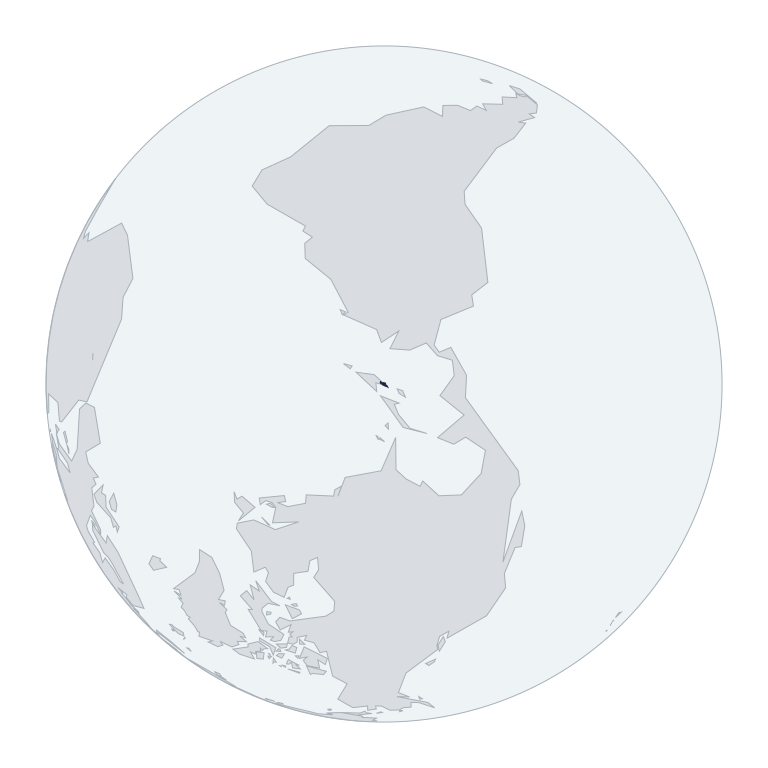 Sud highlighted on a globe, orthographic projection, rotated 208°
{"feature_id": "HTI-1362", "entity_name": "Sud", "entity_type": "Department", "adm_level": 1, "iso_a3": "HTI", "parent_name": "Haiti", "parent_adm1": "", "projection": "orthographic", "projection_center": [-73.723, 18.228], "detail": "fine", "context": "on_globe", "style": "filled", "palette": "slate", "viewbox_px": 768, "rotation_deg": 208, "n_neighbors": 0, "source": "natural_earth", "source_scale": "10m", "svg_char_len": 10243}
<svg xmlns="http://www.w3.org/2000/svg" viewBox="0 0 768 768"><g transform="rotate(208 384 384)"><circle cx="384" cy="384" r="338" fill="#eef3f6" stroke="#a8b0b8"/><path d="M358.0,441.8L350.1,438.0L342.2,447.7L315.2,430.5L305.7,410.1L224.7,370.4L216.8,359.0L217.5,342.1L195.4,282.6L202.7,336.5L193.1,324.9L186.4,304.9L191.5,301.2L188.8,273.2L180.9,261.1L184.7,227.4L209.0,189.2L210.7,196.2L216.4,187.2L214.6,178.2L212.0,174.7L228.9,139.1L226.4,118.3L214.5,119.7L225.9,114.0L195.8,123.4L187.3,121.9L203.8,119.0L210.7,115.5L208.4,111.5L215.0,107.2L217.7,103.2L225.8,98.7L234.8,98.5L240.3,95.9L238.3,93.4L245.2,88.2L247.3,92.0L259.6,83.6L276.8,84.1L275.8,102.0L292.2,102.0L309.2,121.0L314.4,116.8L324.2,122.7L333.9,120.5L334.3,125.6L341.7,119.6L339.5,115.4L342.0,111.6L347.5,110.2L349.0,116.1L346.4,117.7L349.7,118.8L348.1,122.5L352.0,119.9L353.1,127.9L360.2,118.2L368.0,123.2L366.5,129.1L355.9,130.6L326.4,151.7L321.6,159.9L325.5,169.0L355.3,180.3L354.5,189.3L361.2,199.7L366.5,193.2L363.2,182.9L374.8,174.5L369.4,164.0L373.3,159.4L372.0,148.7L383.7,148.3L395.8,154.1L397.5,163.3L402.8,166.5L410.6,156.8L422.7,174.2L446.3,186.9L448.2,192.2L435.1,202.9L411.6,204.4L394.6,222.2L417.3,209.1L421.6,224.3L427.2,226.7L433.7,225.5L436.6,219.4L440.6,224.8L419.6,238.7L415.7,234.0L422.4,229.3L411.3,230.6L397.3,241.8L400.6,249.6L375.8,261.4L377.8,267.4L373.6,274.0L372.0,263.2L374.4,283.3L345.8,306.0L348.6,342.3L333.2,314.0L320.0,310.5L304.1,310.6L304.2,316.5L283.0,311.1L263.6,322.4L256.2,350.6L263.3,373.1L286.9,375.4L294.1,363.6L311.5,361.8L298.7,394.2L329.1,400.0L325.9,424.3L334.8,437.1L350.0,434.1L365.9,440.1L377.2,426.0L395.3,418.0L395.8,437.7L405.8,419.5L416.0,428.6L452.1,426.0L449.4,430.6L479.9,451.4L512.5,457.9L520.0,471.0L516.2,480.0L527.4,481.0L527.5,486.6L571.5,487.9L593.3,496.9L592.2,515.8L573.0,540.8L553.7,586.3L518.7,605.2L508.5,622.2L479.0,647.3L458.0,647.7L462.7,657.6L450.0,664.6L436.0,666.0L432.5,673.0L422.1,673.6L428.4,677.7L410.5,686.7L414.4,692.9L401.1,699.2L404.0,702.4L399.4,702.4L394.2,703.7L393.5,705.4L379.6,702.5L376.7,694.8L382.4,690.7L376.2,689.9L388.4,678.4L381.4,680.8L384.6,662.1L395.4,645.2L403.7,591.8L396.7,580.6L371.0,567.4L340.0,522.5L348.4,503.9L341.6,494.8L364.0,467.7L358.0,441.8ZM67.5,293.9L70.0,286.4L69.3,292.3L67.5,293.9ZM71.0,281.1L70.2,283.8L70.7,281.4L71.0,281.1ZM71.0,278.9L71.0,280.5L70.7,279.5L71.0,278.9ZM70.7,276.9L71.0,277.7L70.8,277.9L70.7,276.9ZM346.7,354.6L381.5,371.9L361.7,374.2L365.4,370.9L356.6,363.8L340.2,357.1L322.8,360.5L346.7,354.6ZM71.3,271.7L71.6,270.1L72.1,270.1L71.3,271.7ZM362.4,334.7L356.4,333.3L362.3,333.2L362.4,334.7ZM209.7,174.1L213.8,178.6L213.0,188.8L208.9,185.3L209.7,174.1ZM212.2,156.5L216.0,156.7L209.3,165.3L209.2,162.4L212.2,156.5ZM204.5,122.4L206.6,124.4L202.3,124.1L204.5,122.4ZM216.6,103.4L213.9,104.4L216.5,102.0L216.6,103.4ZM365.7,149.8L368.8,149.3L367.4,151.5L365.7,149.8ZM362.2,145.9L358.4,148.9L356.1,147.5L358.5,145.7L362.2,145.9ZM231.3,93.2L236.2,89.6L232.7,93.2L231.3,93.2ZM367.4,142.7L352.7,144.8L348.9,142.4L354.8,133.8L367.4,142.7ZM240.0,87.4L251.8,79.5L246.8,80.6L267.6,73.8L250.7,82.2L247.2,86.2L245.2,85.4L240.0,87.4ZM336.4,114.8L339.0,119.1L331.7,117.0L336.4,114.8ZM331.1,114.4L305.2,115.1L304.1,108.7L313.0,109.4L307.5,102.9L319.8,99.3L325.5,102.1L323.8,106.8L329.8,102.0L331.1,114.4ZM277.1,71.8L281.3,70.2L278.6,71.9L277.1,71.8ZM342.5,110.0L337.3,110.4L336.0,104.7L346.1,102.9L343.3,105.3L342.5,110.0ZM300.1,103.2L300.9,99.1L311.0,95.0L312.7,93.0L320.0,98.7L300.1,103.2ZM346.4,105.8L351.2,102.3L356.9,103.8L347.4,109.2L346.4,105.8ZM331.4,104.1L331.3,101.5L334.7,102.3L331.4,104.1ZM379.6,108.5L373.5,108.5L372.3,105.4L379.6,108.5ZM352.7,100.9L350.7,100.4L349.5,99.4L353.8,97.5L352.7,100.9ZM326.6,95.7L330.6,95.0L324.1,93.1L331.5,90.4L335.0,94.9L336.5,91.9L338.8,91.1L339.1,95.8L326.6,95.7ZM354.6,92.7L361.6,98.4L373.3,98.8L374.6,101.4L355.7,100.4L354.6,92.7ZM345.5,94.0L351.5,93.7L350.2,96.7L345.3,98.9L345.5,94.0ZM335.2,87.2L323.0,90.0L322.7,89.0L335.2,87.2ZM358.3,92.1L356.5,90.8L359.3,91.8L358.3,92.1ZM342.6,87.8L338.3,88.8L338.0,87.6L342.6,87.8ZM356.5,87.6L358.8,89.3L355.5,90.6L356.5,87.6ZM350.3,87.2L351.0,85.3L353.0,90.1L348.5,87.8L350.3,87.2ZM343.0,86.5L341.4,86.1L344.8,86.3L343.0,86.5ZM367.5,82.0L370.9,87.7L363.7,90.4L361.4,84.4L367.5,82.0ZM402.5,708.3L380.7,703.6L393.0,705.9L402.2,703.0L413.4,706.3L402.5,708.3ZM429.3,700.1L439.5,697.8L441.8,698.6L435.2,700.4L429.3,700.1ZM646.6,171.3L649.8,175.7L641.0,166.0L623.8,145.9L623.7,145.9L646.6,171.3ZM601.0,125.0L605.3,128.7L607.1,130.2L610.4,133.2L614.3,136.7L612.2,135.0L608.1,131.3L608.9,132.7L627.9,151.5L632.7,155.9L640.3,167.7L649.1,176.6L654.4,184.3L641.5,172.2L635.8,165.9L619.5,158.2L626.2,165.6L642.0,173.9L641.2,175.0L650.3,186.7L642.6,178.7L623.6,169.3L624.3,182.4L641.1,219.1L638.3,227.2L628.7,227.4L606.7,198.5L615.5,184.0L607.9,175.1L592.5,167.8L596.5,164.5L591.3,160.3L593.3,155.1L582.8,140.1L582.8,134.8L565.8,122.2L563.5,118.2L574.3,126.5L581.7,130.1L580.2,119.3L576.2,115.2L565.2,108.3L566.2,106.9L555.8,101.7L548.6,94.2L548.6,99.5L535.8,93.2L524.4,85.8L520.2,85.1L538.7,97.3L546.0,101.6L552.4,103.5L572.4,118.0L575.7,123.4L554.7,113.1L557.1,120.2L539.7,110.4L500.4,80.9L490.6,73.2L501.6,70.6L511.3,74.6L512.2,77.2L523.3,79.4L516.7,76.9L517.5,76.3L505.4,71.3L505.4,70.7L493.8,67.6L492.5,66.3L499.8,68.3L480.8,61.5L474.5,58.8L470.2,57.7L467.3,57.3L461.2,55.0L458.3,54.4L459.2,54.8L454.0,54.0L442.4,52.2L440.9,51.4L444.9,52.0L450.6,52.7L474.0,58.3L497.0,65.5L519.4,74.4L541.1,84.8L562.0,96.8L582.0,110.2L601.0,125.0ZM448.2,52.2L442.8,51.6L436.3,50.8L438.4,50.6L437.2,50.6L433.4,50.0L428.3,49.1L425.4,49.2L386.4,47.9L372.7,47.2L379.0,46.4L350.2,48.2L337.0,49.4L337.9,49.4L324.6,51.7L328.6,51.2L328.0,51.5L295.9,59.8L287.2,62.0L274.3,67.7L274.7,68.1L280.4,66.5L267.6,73.8L246.8,80.6L246.9,79.4L233.8,85.4L235.9,82.2L231.5,83.2L241.3,77.7L239.4,78.6L248.0,74.6L251.6,73.5L249.9,73.8L252.2,72.8L256.3,71.1L257.2,70.8L280.0,62.5L303.4,55.8L327.2,50.9L351.3,47.7L375.6,46.2L399.9,46.5L424.1,48.5L448.2,52.2ZM717.3,439.7L717.7,437.3L719.0,404.0L719.3,378.7L717.7,371.6L715.5,379.1L712.6,370.7L710.5,373.7L691.2,402.9L680.3,394.9L655.3,359.4L655.1,338.1L646.2,318.1L637.9,228.8L646.0,226.5L650.8,199.2L653.1,198.9L663.3,214.6L675.5,217.8L666.7,201.8L667.2,199.7L680.1,221.2L691.4,243.6L700.9,266.8L708.8,290.6L714.8,315.0L719.0,339.7L721.4,364.7L721.9,389.7L720.5,414.8L717.3,439.7ZM652.4,268.2L655.4,274.4L655.4,274.5L652.4,268.2ZM453.3,425.6L457.6,429.1L451.9,429.6L453.3,425.6ZM358.9,382.4L366.3,382.8L370.1,385.9L364.4,386.9L358.9,382.4ZM421.0,381.6L429.4,383.0L420.6,385.0L421.0,381.6ZM387.0,374.0L414.2,381.3L397.1,387.6L379.9,383.3L391.8,381.4L387.0,374.0ZM358.9,346.3L363.5,347.8L362.1,351.5L358.9,346.3ZM366.7,334.7L364.9,335.0L362.7,332.0L366.7,334.7ZM422.8,223.5L424.6,222.6L431.3,222.7L428.2,225.4L422.8,223.5ZM460.3,209.4L465.8,218.5L459.8,213.4L456.6,218.3L440.0,214.5L448.3,194.8L447.5,204.1L460.3,209.4ZM420.1,205.3L429.7,209.1L418.8,205.8L420.1,205.3ZM560.7,145.1L565.8,145.4L571.5,151.2L571.3,160.6L563.1,152.0L560.7,145.1ZM571.6,144.8L550.8,133.5L550.0,128.1L554.0,132.9L555.6,130.4L562.4,137.6L582.0,144.7L588.3,150.5L584.6,163.0L582.4,155.3L577.5,155.0L571.6,144.8ZM499.0,122.7L489.9,120.1L500.0,111.4L507.2,115.0L507.6,123.8L499.2,124.8L499.0,122.7ZM380.6,128.1L376.5,129.4L376.1,127.5L379.3,124.9L380.6,128.1ZM376.8,108.7L398.1,121.3L394.5,123.1L411.3,129.5L408.3,137.1L397.5,132.5L407.8,143.8L396.9,142.7L404.9,150.1L381.2,139.1L371.8,139.3L383.4,135.9L386.4,128.7L384.9,125.7L373.5,117.8L354.8,115.9L354.7,109.3L359.7,105.2L364.2,104.6L362.8,108.9L369.9,105.1L371.3,110.9L376.8,108.7ZM418.1,73.7L414.6,76.7L429.0,74.4L430.4,78.4L432.0,77.9L437.3,81.3L446.5,84.8L445.6,86.8L449.6,87.4L453.2,90.0L458.3,91.7L458.5,96.0L464.8,98.6L461.3,99.3L472.1,102.7L464.2,102.2L468.1,106.2L473.7,104.6L462.3,128.5L463.6,140.5L469.1,151.2L454.7,150.1L440.5,139.9L428.3,126.7L429.0,116.0L422.4,118.0L420.8,113.6L426.7,113.8L416.7,111.0L416.9,107.7L406.1,98.8L391.4,97.8L387.1,95.0L392.9,93.7L384.5,91.9L392.7,87.8L389.8,85.9L394.9,80.4L407.9,79.8L403.7,77.8L407.4,74.1L418.1,73.7ZM369.4,80.4L384.6,77.7L392.9,79.0L380.5,88.1L382.0,90.5L374.4,97.4L362.5,95.7L365.8,93.8L366.2,91.6L369.8,93.0L367.2,90.3L371.7,87.7L370.9,85.1L376.1,84.8L369.4,80.4ZM649.3,191.2L649.9,189.9L649.4,186.5L655.2,194.3L649.3,191.2ZM636.7,184.9L636.3,182.3L644.2,190.7L643.5,192.5L636.7,184.9ZM629.3,174.3L635.6,181.6L631.8,178.7L629.3,174.3ZM573.2,124.2L572.0,121.6L574.5,122.9L578.3,126.2L573.2,124.2ZM461.1,71.2L457.8,71.8L455.8,71.0L444.4,70.2L442.4,67.6L448.5,67.1L461.1,71.2ZM656.1,185.6L656.7,185.0L657.7,187.7L656.1,185.6ZM457.0,68.2L452.6,68.1L454.3,67.0L457.0,68.2ZM440.3,65.8L441.3,64.3L440.8,67.3L440.3,65.8ZM433.6,52.5L451.7,55.8L463.4,57.9L467.9,58.0L469.3,59.9L451.3,56.6L433.6,52.5ZM392.4,48.2L388.6,49.1L385.0,48.6L385.4,48.3L392.4,48.2ZM393.8,48.8L398.8,50.5L393.2,51.0L390.4,49.5L393.8,48.8ZM428.6,57.4L434.1,58.4L432.5,59.1L428.6,57.4ZM279.6,70.0L281.2,70.2L277.5,71.1L279.6,70.0ZM330.5,51.3L329.1,51.9L324.8,52.4L330.5,51.3ZM322.8,54.1L328.6,53.0L323.1,54.4L322.8,54.1ZM341.5,50.7L331.2,52.6L340.1,50.5L341.5,50.7Z" fill="#d9dde1" stroke="#a8b0b8" stroke-width="1"/><path d="M388.0,384.3L387.5,384.2L387.4,384.2L387.2,384.1L386.4,384.0L386.1,384.0L386.0,383.9L386.3,383.9L385.9,383.8L385.5,383.8L385.4,383.9L385.2,384.0L385.0,383.8L384.9,383.9L384.9,384.0L384.7,384.0L384.6,383.9L384.4,384.0L384.4,383.8L384.3,384.0L384.2,384.0L384.2,383.9L384.2,384.0L383.9,384.2L383.5,384.4L383.4,384.5L383.6,384.9L383.6,385.0L383.2,385.2L382.6,384.5L382.5,384.4L382.4,384.3L381.9,383.9L381.6,383.8L381.5,383.7L381.4,383.7L381.1,383.5L380.8,383.5L380.7,383.6L380.4,383.6L380.2,383.5L380.2,383.4L379.9,383.2L380.1,383.2L380.5,383.2L380.8,383.1L381.4,383.0L382.0,383.0L382.4,383.1L382.7,383.2L383.0,383.2L383.0,382.9L383.3,382.9L383.5,382.9L383.8,382.9L384.0,382.9L384.4,382.8L384.5,382.8L384.8,382.9L384.9,383.0L385.0,383.1L384.9,383.2L384.9,383.3L385.2,383.4L385.5,383.3L385.9,383.3L386.1,383.2L386.3,383.2L386.6,383.2L386.8,383.2L387.0,383.2L387.3,383.2L387.6,383.4L387.8,383.6L387.8,383.8L388.0,384.0L388.0,384.3ZM384.5,384.8L384.8,384.9L384.7,385.0L384.4,385.0L384.2,384.9L384.1,384.7L384.3,384.7L384.3,384.8L384.5,384.8Z" fill="#64748b" stroke="#1e293b" stroke-width="1.5"/></g></svg>